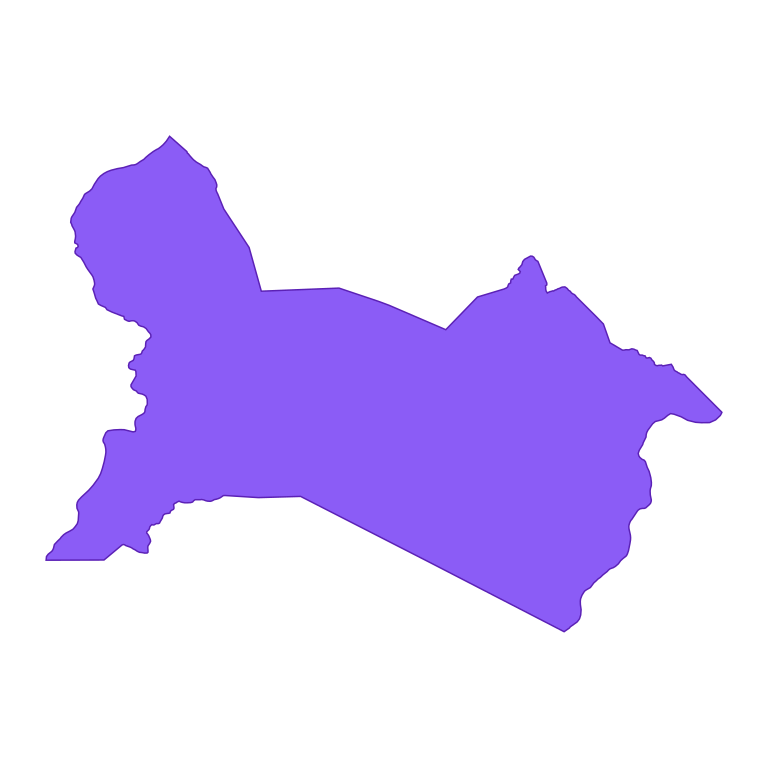 outline of Pilão Arcado, Bahia, Brazil
{"feature_id": "56859067B31784854037335", "entity_name": "Pilão Arcado", "entity_type": "district", "adm_level": 2, "iso_a3": "BRA", "parent_name": "Brazil", "parent_adm1": "Bahia", "projection": "orthographic", "projection_center": [-43.194, -9.96], "detail": "fine", "context": "isolated", "style": "filled", "palette": "violet", "viewbox_px": 768, "rotation_deg": 0, "n_neighbors": 0, "source": "geoboundaries", "source_scale": "gbopen_adm2", "svg_char_len": 6056}
<svg xmlns="http://www.w3.org/2000/svg" viewBox="0 0 768 768"><path d="M46.1,560.2L104.0,560.0L122.0,545.0L123.2,544.5L124.5,544.7L125.6,545.5L130.1,547.1L131.6,547.8L133.0,548.8L135.4,550.0L136.6,550.9L138.1,551.7L139.5,552.3L142.1,552.6L144.7,553.1L147.2,553.0L148.0,552.2L148.0,550.4L147.8,548.3L147.8,546.7L148.2,545.5L149.0,544.4L149.9,542.9L150.6,541.2L150.3,539.5L148.8,535.9L147.9,534.4L146.7,533.0L146.8,531.7L149.0,529.5L149.5,528.3L149.7,527.1L150.6,525.8L151.8,524.6L153.1,525.0L154.3,524.8L155.5,524.0L156.8,523.5L158.0,523.7L159.5,523.1L160.4,521.3L161.4,519.7L162.4,517.9L162.7,516.4L163.5,514.9L165.0,513.9L167.1,513.5L168.9,513.3L170.0,512.9L170.3,511.6L171.2,510.5L173.5,509.3L174.0,508.1L173.6,504.5L174.8,503.3L176.0,502.9L177.2,502.0L179.0,501.2L180.7,501.9L182.4,502.4L184.8,502.8L186.9,502.8L190.7,502.6L192.6,502.0L193.7,500.7L195.1,499.7L196.6,499.7L200.4,499.7L201.6,499.5L203.7,499.9L205.7,500.7L207.4,501.1L210.1,501.3L211.6,501.0L212.7,500.5L214.3,499.6L216.3,499.2L218.3,498.6L220.3,497.7L221.9,496.6L223.3,495.6L225.0,495.5L258.4,497.6L300.6,496.4L431.3,563.2L564.1,631.7L569.4,628.0L570.3,626.8L577.2,621.9L579.5,618.8L580.7,615.0L581.1,609.7L580.4,604.6L580.3,601.2L580.6,598.8L581.3,597.0L581.9,595.4L583.1,593.4L584.6,591.1L586.4,589.8L590.4,587.5L593.9,582.8L595.9,581.1L598.1,578.9L600.3,577.4L603.0,574.8L607.2,571.5L608.4,570.1L609.9,568.9L611.9,568.1L613.0,567.8L615.4,566.4L618.4,563.8L620.6,560.7L622.9,558.6L626.4,555.8L627.4,553.9L628.5,550.6L629.9,543.6L630.5,539.9L630.6,537.7L630.4,535.2L629.0,528.9L628.8,526.7L629.0,525.0L629.8,522.5L630.8,520.5L631.8,519.4L637.4,511.0L638.4,509.9L640.2,508.8L642.5,508.4L644.2,508.4L645.7,507.9L649.4,504.6L650.5,503.3L651.1,501.7L651.3,500.0L650.3,494.9L650.1,490.9L650.4,488.7L651.3,485.7L651.4,482.5L650.8,477.7L650.3,475.7L649.1,471.3L647.2,467.3L645.4,461.7L644.2,460.2L641.9,459.2L639.8,457.4L638.8,455.8L638.2,453.4L639.3,450.2L642.7,444.6L643.2,442.8L646.0,437.1L646.2,434.6L646.7,432.6L647.9,430.2L652.6,423.8L655.3,421.5L659.2,420.5L661.8,419.8L664.5,418.1L667.8,415.3L670.6,413.6L674.0,414.2L681.2,416.8L687.6,420.3L695.6,422.3L701.4,422.7L709.6,422.6L715.6,419.9L720.3,415.5L721.4,413.5L721.9,412.3L686.9,377.2L686.0,376.1L685.0,374.9L683.7,374.4L682.2,374.6L680.8,374.2L679.5,373.3L677.9,372.6L677.0,371.8L675.4,371.1L674.1,369.9L673.0,367.0L671.3,364.3L662.8,365.9L661.5,365.1L660.2,365.3L658.9,365.3L657.3,365.7L655.8,365.4L654.5,364.4L654.3,362.7L653.5,361.4L651.9,359.9L650.9,358.2L649.4,357.5L647.7,358.0L646.2,357.9L645.6,356.9L645.1,355.9L643.8,355.7L642.3,355.1L640.2,355.1L639.0,354.3L637.2,350.5L635.6,350.0L634.0,349.2L631.8,348.8L629.0,349.8L627.7,349.8L626.0,349.7L624.1,350.1L622.6,350.2L610.0,342.8L603.4,324.0L596.1,316.5L576.3,296.8L575.4,295.5L574.2,294.5L572.9,293.9L571.4,292.9L570.3,291.3L568.5,290.2L567.3,288.6L566.0,287.6L564.9,286.9L562.2,287.1L561.1,287.5L559.6,288.3L557.7,288.9L556.6,289.6L555.0,290.1L553.6,291.0L552.5,290.9L551.2,291.4L550.1,291.6L548.6,292.3L547.3,293.0L546.1,291.0L545.7,289.1L545.7,287.4L545.5,285.9L546.8,284.9L546.8,283.1L537.9,261.4L536.2,260.4L535.2,259.6L534.6,258.4L533.7,257.1L532.2,256.2L530.5,256.1L524.6,259.3L523.8,260.2L522.8,261.5L522.4,262.8L521.9,264.7L519.9,267.1L518.8,268.1L518.2,269.5L520.3,271.6L519.7,273.2L518.3,274.0L514.8,275.3L514.1,276.3L512.8,279.1L511.3,279.1L510.8,280.7L510.6,282.9L508.7,284.0L508.0,285.7L507.8,286.8L506.5,287.9L504.1,289.0L477.5,297.0L445.8,329.7L389.1,305.3L378.9,301.5L339.0,288.1L261.3,291.2L249.1,247.5L223.8,209.0L217.7,193.9L217.0,192.6L216.2,190.7L215.9,188.6L216.7,186.9L216.8,184.9L216.2,182.9L214.9,179.6L213.0,177.1L210.8,173.8L210.2,172.4L207.6,168.2L206.1,167.5L203.8,166.8L202.4,165.9L200.7,164.6L197.2,162.6L195.7,161.6L194.7,160.7L193.6,159.9L192.1,158.3L189.7,155.6L188.4,153.9L187.3,153.0L186.9,151.6L169.6,136.3L166.4,141.1L163.2,144.7L160.8,146.8L158.3,148.7L156.6,149.5L153.3,151.5L149.0,154.7L145.8,157.4L143.8,159.4L140.3,161.5L137.5,163.5L136.2,164.3L134.3,164.9L131.5,165.1L123.4,167.6L117.5,168.6L111.2,170.2L107.2,171.7L103.9,173.5L100.4,176.1L98.1,178.6L97.3,179.8L94.4,184.2L92.0,188.8L89.6,191.1L85.2,193.8L84.4,194.7L82.8,198.2L80.7,201.5L79.6,203.6L78.3,205.3L76.6,207.3L74.8,212.4L71.8,216.9L71.2,218.3L70.7,222.3L71.8,224.6L72.0,225.7L74.3,229.9L75.1,231.8L75.6,236.1L75.4,238.3L74.7,241.7L74.8,242.9L77.6,244.4L78.2,246.3L77.5,247.5L76.0,248.1L75.0,251.6L75.2,253.2L76.9,255.0L78.9,256.3L80.8,257.4L83.8,262.2L86.2,266.9L87.8,269.4L92.0,275.2L93.0,276.9L94.1,280.4L94.6,283.2L94.6,284.5L94.3,285.7L92.9,289.0L94.1,292.6L95.7,298.2L96.8,300.4L98.4,304.0L100.8,305.4L105.4,307.4L107.0,309.7L112.0,312.1L121.8,315.9L123.8,316.4L124.5,319.3L127.4,320.8L129.1,321.3L131.3,320.8L133.1,320.7L134.6,321.0L137.0,322.6L138.1,324.3L138.9,325.3L141.0,326.2L143.5,326.8L146.1,328.5L148.4,331.7L150.1,333.5L150.8,334.8L150.9,337.0L149.2,338.8L146.9,340.5L146.0,341.6L145.7,343.5L145.5,347.0L144.2,349.0L143.2,350.2L142.3,351.0L141.7,353.0L140.7,354.2L138.9,354.5L136.2,355.0L134.5,355.8L134.0,358.8L133.2,360.4L129.9,362.1L129.1,363.0L128.5,365.5L128.8,367.6L129.6,368.5L130.8,369.2L135.3,370.2L135.9,371.6L136.1,376.0L131.0,384.8L131.0,386.5L131.6,387.6L133.4,389.7L136.5,391.1L137.3,392.3L138.3,393.2L142.3,394.1L144.2,395.0L145.9,396.2L147.2,399.4L147.3,404.1L146.9,405.3L145.9,406.6L145.1,409.4L144.9,411.5L144.4,412.7L142.8,414.0L141.6,414.7L138.1,416.5L136.1,418.4L135.1,421.2L135.0,422.5L135.0,424.3L135.2,425.6L135.8,428.2L135.8,429.8L135.3,431.4L133.1,431.9L124.2,429.7L120.2,429.6L113.9,429.9L107.9,430.8L105.8,432.8L103.7,437.5L103.2,439.0L103.0,440.4L103.3,441.9L104.7,444.2L105.4,446.9L105.8,449.3L105.9,452.2L105.5,455.2L104.2,461.7L102.3,468.7L100.6,473.7L98.3,478.2L93.2,485.2L88.7,490.3L81.5,497.0L78.5,500.2L77.3,502.4L76.8,504.9L77.0,508.3L78.6,511.8L78.7,513.2L78.2,520.6L77.3,523.7L75.3,526.5L73.3,528.9L72.2,529.7L69.6,531.2L66.1,533.0L63.7,534.7L61.1,537.3L60.3,538.5L57.7,541.0L54.4,544.5L53.5,548.2L52.9,549.7L51.8,551.3L48.2,554.2L46.5,556.5L46.1,560.2Z" fill="#8b5cf6" stroke="#5b21b6" stroke-width="1.5"/></svg>